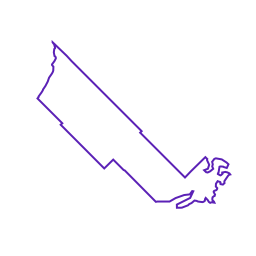 Jefferson, Washington, United States of America (Natural Earth projection), rotated 45°
{"feature_id": "52423323B89179227732038", "entity_name": "Jefferson", "entity_type": "district", "adm_level": 2, "iso_a3": "USA", "parent_name": "United States of America", "parent_adm1": "Washington", "projection": "natural_earth1", "projection_center": [-123.18, 47.83], "detail": "fine", "context": "isolated", "style": "outline", "palette": "violet", "viewbox_px": 256, "rotation_deg": 45, "n_neighbors": 0, "source": "geoboundaries", "source_scale": "gbopen_adm2", "svg_char_len": 1704}
<svg xmlns="http://www.w3.org/2000/svg" viewBox="0 0 256 256"><g transform="rotate(45 128 128)"><path d="M199.9,160.5L200.7,159.3L209.4,150.6L211.2,143.9L215.1,135.7L218.6,131.3L218.0,127.2L218.9,126.6L221.4,133.5L216.7,147.6L219.0,149.8L222.4,146.3L225.1,140.2L225.1,138.5L226.0,136.2L226.3,132.3L228.1,131.0L229.5,130.5L233.0,127.8L233.6,126.8L233.8,125.1L232.7,123.7L232.4,122.5L235.5,122.6L237.4,123.1L239.0,122.8L239.2,122.5L239.5,121.5L241.9,119.7L240.9,119.3L238.8,119.3L237.8,118.6L236.8,117.2L236.9,115.6L237.3,114.8L236.5,113.4L236.0,113.4L233.7,112.6L233.5,112.1L233.4,111.5L234.4,109.4L234.1,108.0L233.6,107.4L231.5,107.3L229.6,105.2L229.0,102.2L231.5,101.0L232.0,101.2L232.8,102.2L233.2,102.2L235.1,100.9L235.2,98.7L234.3,98.1L233.7,97.2L232.5,90.8L232.6,89.4L233.1,88.6L231.8,88.4L229.5,89.2L227.9,90.2L226.1,92.9L226.3,93.1L227.0,93.1L227.2,93.4L227.1,95.5L226.8,96.2L224.1,97.0L223.6,96.4L223.6,95.6L220.1,90.7L220.4,90.0L221.1,89.3L222.7,88.0L223.3,87.9L226.1,86.4L224.7,82.6L222.1,82.7L216.5,83.9L211.6,87.3L210.9,88.8L211.4,92.4L213.7,93.8L214.7,95.6L217.1,96.6L216.7,100.6L215.8,103.1L214.5,104.0L211.7,104.0L213.3,100.3L211.4,96.6L206.8,94.9L205.8,94.0L205.8,93.9L203.3,93.9L203.1,114.2L203.3,122.7L139.9,122.7L139.9,120.6L40.8,120.6L33.7,120.3L14.1,120.7L14.2,120.8L16.7,121.1L19.6,122.8L20.0,123.2L20.0,124.3L22.1,127.0L25.2,129.1L25.9,128.9L26.9,129.1L27.8,129.9L28.7,132.8L29.3,136.8L29.8,137.2L31.9,137.4L34.5,140.2L35.1,141.3L35.7,143.2L36.6,148.2L38.4,151.9L39.9,156.7L40.7,160.9L41.1,161.5L41.7,164.0L42.5,169.0L42.9,169.3L43.1,171.1L78.2,171.1L78.1,173.3L139.8,173.4L139.9,160.8L154.6,160.8L155.7,160.3L199.9,160.5Z" fill="none" stroke="#5b21b6" stroke-width="2"/></g></svg>